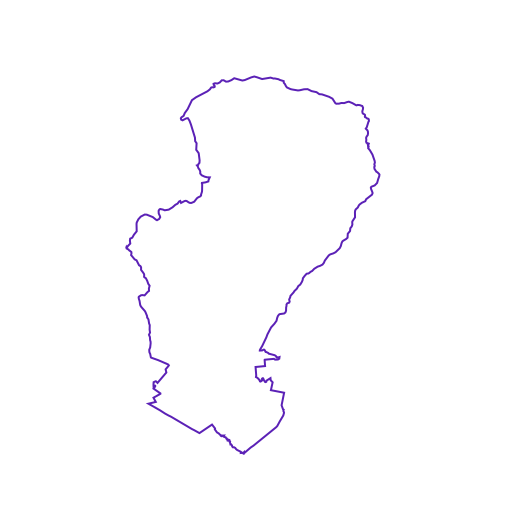 outline of Margina, Timis, Romania, rotated 335°
{"feature_id": "2599482B95910170912575", "entity_name": "Margina", "entity_type": "district", "adm_level": 2, "iso_a3": "ROU", "parent_name": "Romania", "parent_adm1": "Timis", "projection": "mercator", "projection_center": [22.319, 45.898], "detail": "fine", "context": "isolated", "style": "outline", "palette": "violet", "viewbox_px": 512, "rotation_deg": 335, "n_neighbors": 0, "source": "geoboundaries", "source_scale": "gbopen_adm2", "svg_char_len": 6134}
<svg xmlns="http://www.w3.org/2000/svg" viewBox="0 0 512 512"><g transform="rotate(335 256 256)"><path d="M335.2,284.3L337.1,282.8L338.9,280.6L340.4,279.3L341.5,279.0L344.8,278.7L346.7,278.1L348.6,274.6L351.8,273.1L353.2,270.7L355.2,269.7L356.6,268.3L357.6,265.8L358.2,265.2L362.1,262.8L364.2,258.1L365.1,256.7L366.1,255.9L368.7,255.1L370.6,253.6L371.7,253.1L374.5,252.5L378.2,252.5L379.8,251.1L387.1,249.4L388.3,248.2L388.5,246.5L388.6,244.0L388.9,242.7L389.2,242.3L390.0,242.0L393.4,242.2L396.6,241.0L399.2,238.0L401.4,235.8L402.3,234.4L402.2,233.6L401.4,231.4L400.7,230.5L400.2,227.1L400.8,225.3L401.7,224.6L402.0,222.9L403.2,221.6L403.7,220.0L404.4,213.3L403.9,208.2L403.2,205.7L403.5,205.2L404.2,204.7L404.0,204.2L404.5,203.4L404.1,203.4L404.2,203.1L405.7,201.8L405.1,201.2L404.5,201.8L404.4,200.6L404.0,200.1L404.1,198.9L405.1,197.3L405.7,195.5L406.7,194.5L408.3,193.7L409.3,192.3L410.0,190.6L410.1,189.2L409.3,187.0L410.8,186.1L414.6,181.9L415.4,181.4L415.9,180.0L415.9,179.3L415.7,179.0L414.9,178.5L414.3,177.1L413.5,176.2L413.5,175.8L414.2,174.8L414.4,174.2L414.2,173.6L413.2,172.3L413.0,171.4L413.5,169.8L414.9,168.2L415.7,166.9L415.7,165.0L413.8,163.1L411.9,162.0L410.9,162.0L410.4,161.6L408.0,158.2L405.4,155.4L403.7,155.0L400.6,154.7L398.0,153.4L395.6,153.0L393.1,151.9L392.5,151.0L391.8,145.7L389.5,142.6L384.1,137.4L381.8,136.1L380.1,133.1L376.0,130.0L373.3,126.6L370.0,125.2L365.8,124.3L364.0,123.7L359.2,120.4L357.9,119.4L356.0,117.2L355.2,116.2L354.9,114.4L354.9,112.5L354.4,110.7L355.0,109.2L352.0,106.5L351.1,105.3L348.0,103.0L346.9,102.6L344.6,100.5L336.3,98.2L332.5,94.5L330.3,92.6L327.2,92.1L320.2,91.8L317.8,91.2L311.4,85.7L308.1,86.2L304.6,86.1L302.5,85.3L301.0,83.1L299.2,82.3L296.5,83.4L294.0,83.4L291.8,82.1L290.3,82.0L290.0,83.0L290.4,84.6L289.9,85.3L288.7,85.2L287.5,84.5L286.5,84.4L284.6,85.5L281.6,86.2L268.8,86.8L263.8,87.7L256.1,94.0L251.9,96.3L249.6,98.4L247.1,98.8L246.1,99.4L245.8,100.8L246.8,102.0L250.9,101.8L252.5,102.3L252.9,105.1L252.6,109.3L250.7,122.9L249.4,126.2L249.8,128.7L246.7,134.5L247.5,138.4L247.3,139.3L245.3,145.5L244.1,147.7L243.0,148.1L242.1,149.0L240.8,148.9L241.1,150.3L240.9,152.2L241.3,153.8L241.2,155.8L240.3,157.7L240.9,159.9L243.0,162.4L245.1,164.1L247.3,165.2L245.1,167.1L244.3,168.3L241.3,167.9L237.9,166.9L237.6,167.4L237.6,168.1L235.0,173.5L234.2,174.9L232.1,177.2L231.8,177.9L230.8,178.4L228.5,178.4L226.9,178.7L222.9,180.7L219.9,180.6L218.6,180.0L217.6,178.9L216.5,177.0L215.7,176.3L214.4,176.0L210.5,176.2L210.6,174.1L209.4,174.1L207.0,175.4L204.6,175.5L200.9,176.6L196.5,177.1L192.6,176.0L191.3,174.6L189.0,172.9L188.2,173.0L187.1,173.6L186.6,174.4L185.8,176.4L185.8,179.0L185.6,180.3L183.9,181.5L181.4,181.7L180.7,180.8L178.9,177.1L174.5,172.4L172.7,171.4L168.2,171.6L164.9,173.0L162.1,175.2L161.3,176.4L158.3,183.2L154.4,185.1L151.6,187.1L149.3,187.1L148.2,188.8L147.3,191.6L144.4,192.7L142.7,193.7L142.3,193.8L142.3,193.2L142.1,193.4L141.9,194.5L143.1,196.1L143.4,197.2L144.7,199.6L144.4,200.7L143.2,202.4L144.6,207.8L145.9,209.4L146.1,215.0L146.9,216.1L147.1,216.9L146.9,218.2L146.2,219.4L146.0,220.2L146.6,222.9L146.9,224.8L146.7,225.9L145.9,227.3L145.8,228.0L146.8,229.6L146.9,232.6L146.6,235.7L147.0,238.0L145.2,240.2L144.3,242.4L142.6,242.8L138.4,244.6L136.5,243.4L135.2,243.0L132.6,243.4L132.1,244.0L131.7,245.4L131.5,247.4L130.5,250.9L130.3,252.0L130.5,253.7L132.0,258.9L132.1,260.2L131.9,264.4L131.3,265.9L131.6,266.6L131.7,268.1L130.6,272.0L130.5,273.7L128.4,277.9L127.6,280.6L125.7,282.2L125.6,284.6L124.5,287.4L124.2,289.2L123.5,290.8L121.4,294.2L119.6,295.9L119.0,297.4L118.7,298.3L118.7,300.1L117.9,303.3L118.0,303.8L123.3,309.0L129.7,316.2L130.6,317.3L130.9,319.1L130.6,318.5L126.2,320.5L125.5,323.7L113.1,329.4L112.4,327.3L112.0,327.1L109.9,327.1L108.7,329.3L107.9,331.2L108.5,331.4L109.2,330.6L109.7,330.8L109.8,331.2L109.5,331.6L107.1,332.9L111.3,340.1L111.1,340.5L103.2,341.1L103.5,345.9L96.1,344.4L103.8,355.3L107.0,360.4L109.4,363.7L110.9,365.5L124.9,385.9L126.2,387.5L129.9,392.6L144.9,390.2L146.0,395.0L145.4,395.7L146.1,399.4L147.3,401.1L147.7,402.5L148.2,403.1L148.1,404.0L148.5,404.7L148.7,404.8L149.1,404.4L149.5,404.8L149.9,404.6L151.0,405.1L150.4,405.4L150.4,405.7L151.0,405.9L150.8,406.7L151.9,407.5L151.9,408.3L152.4,409.0L152.1,409.5L153.1,410.5L152.4,410.5L152.3,410.8L153.2,411.0L153.3,411.2L153.1,411.4L153.6,411.5L153.5,412.3L154.0,412.3L154.1,413.2L153.7,413.5L153.3,415.6L153.7,415.8L153.8,416.1L153.5,416.3L153.9,416.6L154.2,417.6L153.9,418.6L154.3,419.7L155.2,420.0L156.1,421.2L156.3,422.5L156.9,423.8L159.5,427.0L159.6,427.3L159.4,427.5L160.2,428.2L160.2,428.4L159.9,428.5L161.1,429.0L161.1,429.8L161.3,430.0L161.9,429.4L161.8,429.1L162.2,428.8L162.4,429.0L162.8,428.7L162.9,429.4L170.4,427.3L173.6,426.8L201.9,419.7L203.4,419.1L207.7,415.9L213.3,412.1L215.1,410.0L215.3,409.3L215.3,408.1L215.6,407.5L216.1,407.0L215.7,406.3L216.1,402.1L223.7,391.8L212.8,383.9L217.7,377.5L216.8,374.8L217.5,372.8L212.9,373.4L212.2,374.3L211.5,374.4L211.0,374.0L210.9,373.4L210.7,372.1L210.8,369.9L210.4,369.6L209.7,369.7L209.4,370.0L209.2,371.2L208.9,371.4L207.4,371.7L206.8,371.6L206.6,371.2L206.9,370.0L206.5,369.5L206.3,368.2L206.0,367.8L205.8,367.0L204.8,365.7L205.7,364.4L208.7,356.4L217.7,359.6L219.9,353.8L220.1,353.7L228.8,356.8L229.5,358.0L232.1,359.1L233.7,358.9L234.6,357.5L233.0,357.3L232.2,356.4L231.8,356.4L231.8,355.2L231.0,353.8L226.3,349.9L226.1,349.1L224.6,347.2L224.2,347.0L224.1,345.1L223.9,344.4L223.4,344.1L221.7,344.2L219.5,343.3L219.6,343.1L220.0,343.0L220.2,342.5L223.7,340.1L231.0,334.1L233.2,331.9L239.5,327.1L244.0,325.2L247.2,323.4L248.9,321.2L250.4,319.7L252.1,318.8L252.9,318.7L257.2,320.0L258.8,319.6L260.1,318.3L261.6,315.3L262.5,314.2L263.2,312.8L264.4,312.1L266.4,312.3L267.3,311.4L267.4,310.6L267.7,309.4L269.4,308.0L270.4,306.7L274.8,304.8L276.0,304.0L279.2,302.9L281.7,301.1L284.0,300.6L286.7,298.8L288.2,297.4L289.1,296.0L291.7,294.6L294.3,293.5L294.7,293.5L296.0,294.0L297.1,293.9L298.7,293.4L300.6,293.3L303.4,292.2L307.4,291.7L309.8,292.0L312.6,291.9L314.6,290.9L316.5,289.2L322.2,286.2L324.0,285.9L327.1,286.3L329.7,286.2L335.2,284.3Z" fill="none" stroke="#5b21b6" stroke-width="2"/></g></svg>